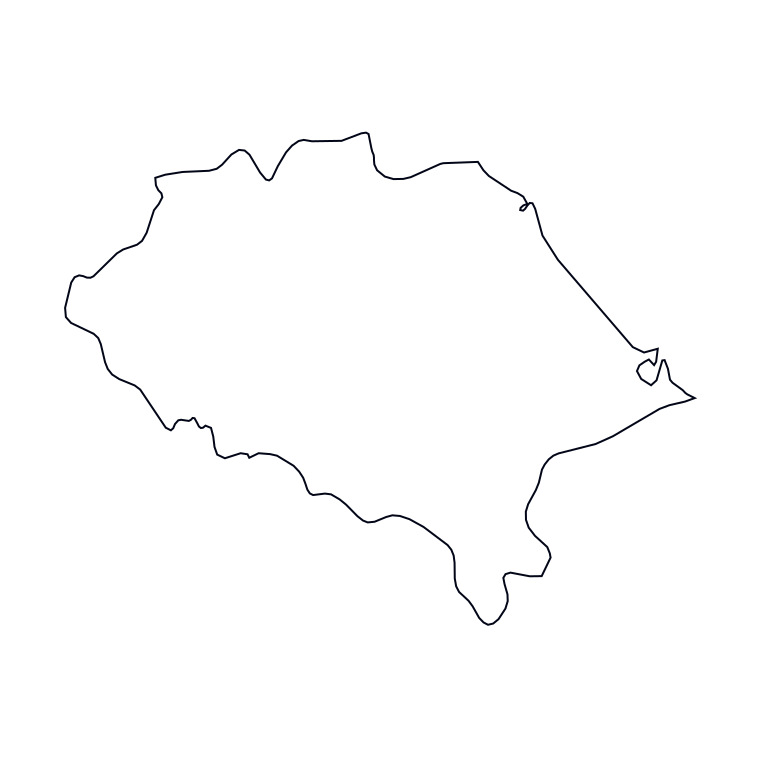 an SVG outline of Quàng Nam, rotated 352°
{"feature_id": "VNM-487", "entity_name": "Quàng Nam", "entity_type": "Province", "adm_level": 1, "iso_a3": "VNM", "parent_name": "Vietnam", "parent_adm1": "", "projection": "natural_earth1", "projection_center": [107.941, 15.525], "detail": "fine", "context": "isolated", "style": "outline", "palette": "ink", "viewbox_px": 768, "rotation_deg": 352, "n_neighbors": 0, "source": "natural_earth", "source_scale": "10m", "svg_char_len": 2536}
<svg xmlns="http://www.w3.org/2000/svg" viewBox="0 0 768 768"><g transform="rotate(352 384 384)"><path d="M108.1,237.9L111.3,236.9L137.6,217.5L144.4,214.5L158.8,211.7L164.3,208.6L170.0,201.2L180.4,179.9L186.0,174.5L190.5,168.2L190.1,164.2L187.5,160.7L185.8,155.6L186.2,148.0L196.5,146.3L214.1,146.0L240.4,148.5L248.3,147.6L254.2,144.3L264.8,135.5L273.0,132.0L278.5,133.4L282.7,138.2L290.7,157.3L295.5,165.1L298.6,166.4L301.7,164.8L309.1,153.6L319.2,141.0L326.1,135.1L333.3,131.5L338.5,131.1L346.4,133.6L375.8,137.3L396.5,132.6L401.2,132.6L403.5,134.3L404.3,148.6L404.7,152.2L405.6,155.7L405.6,158.2L405.2,161.2L405.0,165.3L406.9,171.4L413.7,178.7L421.9,182.4L431.7,183.6L439.3,182.9L470.4,173.9L473.5,173.6L507.6,177.1L507.9,177.1L512.2,186.2L516.8,192.6L536.8,210.3L542.7,213.5L548.0,217.9L551.0,225.7L546.9,226.5L543.8,228.6L543.1,230.7L545.8,231.7L548.1,230.2L550.7,227.3L553.5,225.0L556.2,225.7L558.1,231.6L561.6,259.1L573.5,285.2L635.5,382.1L645.9,389.0L660.0,387.2L656.6,399.8L654.1,402.9L649.7,396.6L645.3,398.2L639.5,401.1L636.3,406.4L639.4,414.8L648.3,422.4L654.4,418.3L662.9,399.4L665.2,399.4L667.3,408.5L667.8,419.5L669.9,422.9L679.0,431.7L681.0,434.6L682.8,436.4L689.7,441.2L688.7,441.4L679.7,443.3L663.7,444.7L653.4,447.0L603.4,467.6L585.1,472.9L547.3,477.0L541.8,478.5L536.7,481.5L531.9,486.1L528.5,490.8L523.6,503.3L519.6,510.2L510.0,523.1L506.7,530.1L505.7,538.3L507.3,546.4L512.4,555.4L523.0,568.2L524.6,574.7L524.8,579.1L513.4,596.2L501.6,594.7L483.0,588.4L477.9,589.2L475.2,592.6L475.5,598.7L477.0,609.5L476.3,616.2L473.0,623.3L464.7,632.8L458.8,636.4L453.5,636.9L449.4,634.0L445.7,628.9L440.8,616.4L437.6,610.5L429.4,600.4L427.3,594.4L427.0,586.5L429.0,570.9L429.1,563.6L427.6,557.5L424.6,552.4L403.3,531.1L390.4,521.4L381.4,516.9L374.0,515.2L367.7,516.0L355.5,519.1L348.6,518.8L344.2,516.3L339.3,511.2L329.6,498.1L324.0,492.1L316.2,485.9L310.2,484.3L298.3,484.1L295.3,482.0L293.4,477.9L292.3,471.8L290.9,465.6L287.8,459.0L283.1,452.4L268.1,440.1L261.5,437.6L250.2,435.1L240.3,438.3L239.1,434.6L232.4,432.6L216.1,435.4L209.0,430.7L207.4,422.8L207.6,412.3L206.6,403.4L201.4,400.4L198.7,402.1L196.5,402.1L194.8,400.3L193.7,397.0L191.6,391.5L189.7,391.0L187.8,392.6L185.6,393.4L178.1,391.2L175.3,391.3L171.5,394.5L169.1,398.5L166.5,400.2L161.8,396.9L141.8,355.6L136.9,350.7L122.5,342.3L116.1,336.8L112.5,330.6L110.8,323.5L109.1,305.1L107.4,298.7L103.5,293.9L82.6,280.0L78.3,273.5L78.8,264.2L88.4,240.0L92.5,235.2L97.2,234.0L101.1,235.3L104.6,237.3L108.1,237.9Z" fill="none" stroke="#020617" stroke-width="2"/></g></svg>